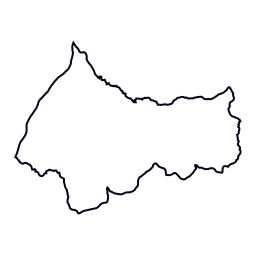 Pedro Afonso, Tocantins, Brazil
{"feature_id": "56859067B14151353864434", "entity_name": "Pedro Afonso", "entity_type": "district", "adm_level": 2, "iso_a3": "BRA", "parent_name": "Brazil", "parent_adm1": "Tocantins", "projection": "albers", "projection_center": [-48.016, -9.204], "detail": "fine", "context": "isolated", "style": "outline", "palette": "ink", "viewbox_px": 256, "rotation_deg": 0, "n_neighbors": 0, "source": "geoboundaries", "source_scale": "gbopen_adm2", "svg_char_len": 5774}
<svg xmlns="http://www.w3.org/2000/svg" viewBox="0 0 256 256"><path d="M73.4,42.7L73.0,43.9L72.6,45.0L72.4,46.1L72.3,47.5L72.4,48.9L72.4,50.5L72.9,52.1L72.9,53.5L72.7,54.7L72.1,57.5L71.3,59.9L71.1,61.1L71.0,62.6L70.6,64.4L69.3,67.3L68.7,68.4L67.8,69.5L66.5,70.7L64.1,73.1L63.0,74.1L61.2,75.4L58.9,76.9L57.9,77.8L56.3,79.6L54.3,81.9L52.8,83.9L51.9,84.9L51.1,86.1L49.7,88.2L48.9,89.6L48.5,90.6L47.9,91.4L46.0,93.4L43.1,96.4L42.5,97.2L40.9,98.7L40.0,99.6L38.6,101.9L38.2,103.2L37.9,104.5L37.5,105.5L36.9,106.9L36.2,108.3L34.6,110.6L32.4,113.9L31.6,115.0L30.6,116.4L29.8,117.7L28.5,120.1L27.3,122.6L26.7,124.2L26.5,125.8L26.6,128.4L26.6,130.6L26.4,131.8L26.1,133.4L25.5,134.7L24.7,136.2L23.0,138.6L21.2,141.1L20.4,142.3L19.8,143.6L19.2,145.5L17.8,150.4L17.4,151.8L17.1,152.8L16.7,154.0L16.0,155.4L15.4,157.2L16.9,158.0L17.6,159.4L18.6,160.1L19.2,160.9L19.3,161.8L20.4,162.3L21.2,163.0L22.1,163.6L23.0,163.8L24.1,163.0L25.7,163.0L26.8,163.1L27.8,163.8L28.6,164.5L29.8,164.6L31.3,166.5L31.7,167.8L32.1,169.5L33.6,169.6L34.6,169.1L35.7,169.9L35.4,171.4L37.8,172.2L38.5,173.1L38.7,174.3L39.7,175.4L41.1,176.1L42.3,176.0L43.3,175.4L44.2,173.9L45.3,173.1L46.3,173.2L46.1,172.1L46.5,171.0L47.9,170.5L49.4,169.7L51.9,170.5L53.0,170.5L53.9,171.1L55.0,170.4L56.4,170.6L56.9,171.8L57.9,172.9L59.3,172.6L59.7,173.7L59.7,175.0L60.1,176.4L61.3,177.3L62.7,178.1L64.0,178.9L64.0,182.2L64.7,184.7L65.0,186.4L65.5,187.7L66.2,188.9L66.9,190.3L67.2,192.0L67.7,193.8L67.6,195.0L68.2,196.0L68.3,197.2L67.5,200.0L67.5,201.6L67.7,202.8L68.6,204.0L69.0,205.3L69.6,206.8L69.9,207.7L70.4,208.7L71.6,209.4L72.6,209.7L73.7,209.8L74.8,210.0L75.9,210.5L76.9,211.0L77.5,212.2L78.2,213.3L79.5,213.3L83.4,211.0L96.3,208.1L97.7,207.4L98.4,206.7L99.1,205.9L100.6,204.3L101.6,203.6L102.8,203.2L104.1,202.8L106.5,202.5L107.4,201.4L108.1,198.3L108.0,197.2L108.1,195.8L107.6,194.3L107.4,193.1L107.4,192.0L107.0,188.5L107.4,187.6L108.6,188.8L109.4,190.5L110.4,191.4L111.7,191.9L113.0,192.5L114.2,193.3L116.0,193.6L119.9,194.3L121.0,194.3L122.2,194.1L123.7,193.5L125.2,192.7L126.7,192.4L128.8,192.3L129.8,192.3L132.0,191.6L133.6,190.8L135.0,189.5L135.9,187.9L137.2,186.6L138.0,185.2L137.9,183.7L138.1,182.5L138.0,181.1L138.3,179.9L138.8,178.7L139.4,177.4L140.7,176.7L143.0,174.8L143.9,174.2L144.8,173.5L145.7,172.8L146.3,171.8L147.1,171.3L148.3,171.0L149.6,170.0L150.7,169.0L151.4,168.2L152.2,167.4L152.9,166.5L153.1,165.2L154.2,163.9L155.6,163.3L156.5,163.8L158.4,166.0L159.5,166.9L161.5,167.7L162.7,168.0L164.2,168.6L165.2,169.7L165.6,170.8L165.8,172.2L166.0,173.6L166.3,175.0L167.7,175.1L169.6,175.1L171.5,174.7L172.3,174.1L173.6,173.3L175.1,172.9L176.3,173.7L177.1,174.5L177.9,175.3L178.7,176.2L179.5,177.2L180.2,178.0L181.1,178.7L182.4,179.1L183.5,179.4L184.5,179.3L185.5,178.8L186.4,178.2L187.5,177.4L188.7,176.7L189.7,176.2L191.5,174.3L192.9,172.9L193.7,171.9L194.4,170.6L196.1,168.5L196.0,167.4L195.2,166.3L195.1,165.3L196.0,165.0L196.9,165.5L197.7,166.3L198.3,167.2L199.2,167.7L201.4,167.7L202.7,168.2L203.9,168.7L205.2,169.1L206.8,169.1L208.1,169.0L209.1,168.7L210.2,168.3L211.8,168.2L213.1,168.4L214.1,168.9L214.9,169.7L215.7,170.9L216.6,171.8L218.1,172.2L219.5,172.3L220.8,172.6L222.2,172.6L222.6,171.6L222.5,170.2L222.7,168.6L222.9,167.7L223.5,166.6L224.6,166.1L225.7,166.1L226.9,166.2L227.9,166.9L229.0,165.4L230.2,164.5L231.5,163.9L232.9,163.5L234.0,162.9L235.2,162.3L235.9,161.3L236.3,160.0L237.5,159.5L238.1,158.4L238.2,156.8L238.7,155.4L239.3,154.6L240.3,153.6L240.5,152.5L240.6,151.4L240.2,150.3L239.5,149.4L240.1,148.5L239.9,147.3L239.1,146.1L237.9,144.8L238.2,142.7L238.8,141.2L237.9,140.2L237.9,138.7L237.6,137.7L237.5,136.3L237.1,135.0L238.1,134.0L238.8,133.0L238.7,131.4L239.2,130.3L239.4,129.3L239.1,127.7L238.2,126.8L238.9,125.5L238.3,124.5L239.3,123.4L239.2,121.8L240.4,121.2L239.6,119.7L238.5,119.1L237.7,118.3L236.5,117.9L235.2,117.6L234.4,116.9L233.0,116.6L231.6,115.9L230.6,114.9L229.8,113.6L229.4,112.4L228.8,110.9L228.5,109.6L228.6,108.2L229.2,107.4L229.8,106.6L229.6,105.5L229.6,104.2L229.8,103.1L230.4,102.1L232.3,101.1L233.2,100.2L234.0,98.8L233.8,97.2L233.2,95.9L233.0,94.9L233.3,93.7L232.6,92.4L231.6,90.9L230.0,87.7L229.1,87.1L228.1,87.8L227.4,88.6L226.9,89.8L225.6,90.9L224.2,92.0L223.1,92.9L222.1,93.0L220.9,93.8L219.8,94.2L218.6,94.4L217.4,95.5L216.5,96.0L215.7,96.6L213.5,98.1L212.4,98.5L211.0,99.2L209.7,99.2L208.5,98.9L207.0,99.2L205.7,99.2L204.5,99.0L203.1,98.0L202.1,97.0L201.0,96.7L199.4,96.9L197.5,97.0L195.7,97.5L193.9,97.8L192.9,98.4L191.5,98.3L190.0,98.3L188.6,98.6L186.3,97.5L184.8,97.8L183.6,97.0L182.2,96.9L181.0,97.0L179.7,97.6L177.9,97.8L176.7,98.4L176.0,99.4L173.7,100.6L172.5,102.8L171.2,104.0L169.6,104.3L168.2,104.7L166.8,104.8L165.8,104.3L164.6,104.4L162.8,104.6L161.6,104.9L160.3,104.9L159.1,104.6L158.1,104.9L157.4,103.9L156.8,102.6L156.3,101.6L154.8,101.3L153.7,100.7L152.5,100.3L151.0,100.2L150.0,98.7L148.6,97.7L147.0,97.8L145.8,98.0L144.6,97.8L143.9,98.4L142.8,98.6L142.2,99.6L141.1,98.8L139.7,98.9L138.0,98.6L136.4,98.4L135.9,99.5L134.7,100.1L135.4,101.2L135.7,102.3L133.9,102.2L132.9,101.2L131.4,99.3L130.7,98.5L129.6,98.4L127.9,97.8L126.7,96.9L125.8,96.2L125.3,95.2L125.7,94.1L124.7,93.2L123.3,93.4L122.6,92.7L122.6,91.3L121.3,90.6L120.5,89.7L119.9,88.5L118.9,87.4L117.2,87.0L116.5,85.8L115.0,86.4L114.3,85.7L112.9,86.2L112.0,85.8L110.7,85.6L109.3,84.4L108.8,83.2L107.9,83.9L106.7,84.2L106.9,83.1L105.7,82.0L104.8,79.8L103.2,80.0L102.1,80.2L101.4,79.3L101.5,78.1L101.2,76.6L99.6,76.7L99.3,78.3L98.0,77.5L97.0,76.1L95.7,75.0L95.0,73.8L93.9,70.8L93.2,69.3L92.4,68.0L91.9,67.1L91.2,66.0L90.5,64.9L89.5,63.9L88.6,62.7L87.0,60.2L86.6,59.2L86.7,58.0L86.7,57.0L86.6,55.7L86.1,54.2L85.3,52.9L83.9,52.2L82.3,52.5L80.8,52.5L79.6,51.8L79.1,50.9L78.6,49.9L78.2,48.9L77.3,47.9L76.3,46.9L75.4,45.8L73.4,42.7Z" fill="none" stroke="#020617" stroke-width="2"/></svg>